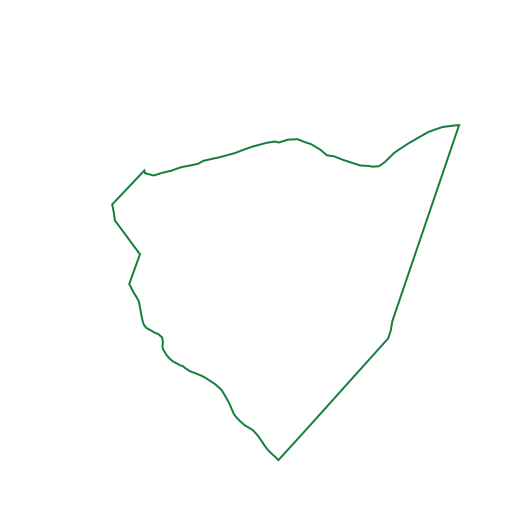 Lezy, Micoud, Saint Lucia (Equal Earth projection), rotated 18°
{"feature_id": "8701671B57914873676078", "entity_name": "Lezy", "entity_type": "district", "adm_level": 2, "iso_a3": "LCA", "parent_name": "Saint Lucia", "parent_adm1": "Micoud", "projection": "equal_earth", "projection_center": [-60.94, 13.804], "detail": "fine", "context": "isolated", "style": "outline", "palette": "green", "viewbox_px": 512, "rotation_deg": 18, "n_neighbors": 0, "source": "geoboundaries", "source_scale": "gbopen_adm2", "svg_char_len": 1836}
<svg xmlns="http://www.w3.org/2000/svg" viewBox="0 0 512 512"><g transform="rotate(18 256 256)"><path d="M153.2,330.5L154.6,331.6L156.1,333.0L158.0,334.7L159.4,336.6L160.6,339.1L161.0,339.8L162.8,342.9L164.4,346.1L166.2,349.3L166.9,350.5L168.2,352.7L169.8,355.0L170.5,355.9L171.5,356.6L173.7,358.2L178.2,359.1L181.5,359.8L183.5,360.3L186.8,360.3L191.8,362.4L193.0,364.6L194.0,366.5L194.4,368.1L195.0,371.0L196.4,373.4L197.0,373.9L199.5,376.1L201.5,377.8L202.4,378.4L203.0,378.8L205.4,380.2L207.3,381.0L209.0,381.8L213.6,382.6L215.6,383.0L217.3,383.4L220.3,383.3L223.0,384.4L227.6,385.7L228.9,385.9L231.5,386.2L233.7,386.2L235.5,386.3L240.9,386.7L244.1,387.2L244.9,387.3L250.7,388.9L254.7,389.9L256.1,390.3L260.4,392.1L264.5,394.0L269.0,397.8L273.2,401.6L276.2,404.5L276.8,405.1L279.5,408.3L281.5,410.5L283.7,413.1L285.6,414.4L286.6,415.1L292.0,418.1L297.7,420.5L306.7,422.5L310.9,424.9L314.6,427.2L316.3,428.6L318.8,430.5L322.8,433.7L327.3,436.8L332.2,439.3L336.1,441.0L337.2,441.6L340.4,443.2L360.1,399.5L407.2,293.4L407.2,285.1L406.4,280.0L405.8,275.8L408.7,68.8L405.6,70.0L397.7,73.7L393.5,75.7L388.8,79.2L381.7,84.7L374.2,92.9L372.9,94.3L370.3,97.2L365.8,102.2L364.1,104.4L359.1,110.6L358.2,111.8L355.3,115.7L351.1,123.8L349.4,127.0L345.2,132.6L339.8,134.9L338.3,135.1L335.6,135.5L327.2,137.7L310.0,137.7L299.1,137.1L296.7,137.6L292.4,138.3L284.0,134.9L273.9,132.6L268.1,132.6L263.7,132.4L259.3,132.1L250.4,135.5L242.5,141.1L239.1,141.1L231.2,145.0L221.4,151.4L219.0,152.9L216.8,154.6L210.2,159.7L203.9,164.8L197.9,168.7L190.9,173.3L185.4,176.5L176.6,181.7L172.4,186.2L166.6,189.6L157.3,194.7L148.9,201.2L141.8,205.4L133.9,211.0L127.7,211.4L125.0,211.6L123.4,209.2L103.3,251.4L105.4,255.0L107.8,259.5L110.8,265.8L145.1,290.2L144.1,321.9L146.2,323.8L148.6,326.4L153.2,330.5Z" fill="none" stroke="#15803d" stroke-width="2"/></g></svg>